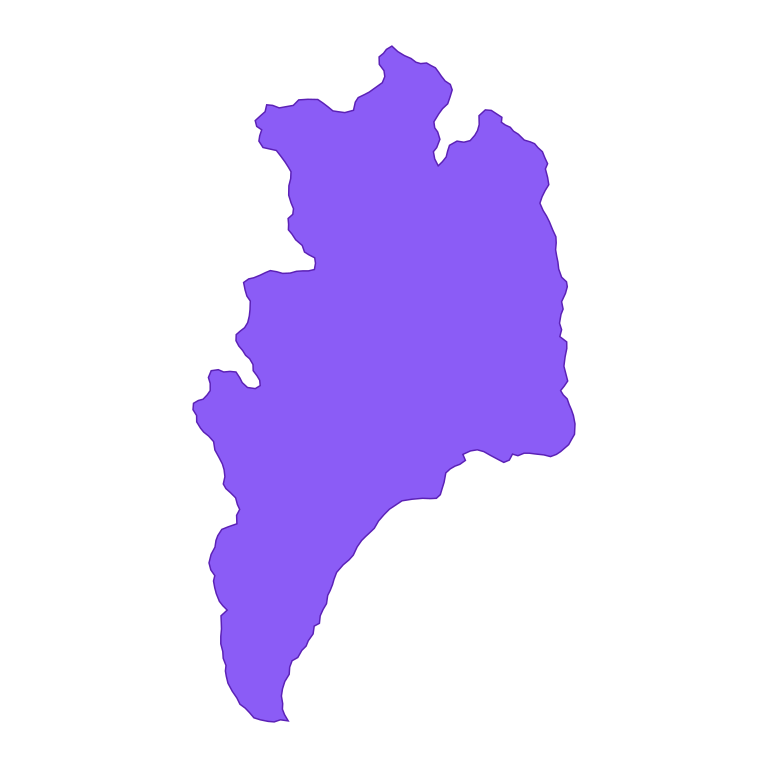 Caeté, Minas Gerais, Brazil (Albers equal-area conic projection)
{"feature_id": "56859067B10298229878474", "entity_name": "Caeté", "entity_type": "district", "adm_level": 2, "iso_a3": "BRA", "parent_name": "Brazil", "parent_adm1": "Minas Gerais", "projection": "albers", "projection_center": [-43.645, -19.886], "detail": "fine", "context": "isolated", "style": "filled", "palette": "violet", "viewbox_px": 768, "rotation_deg": 0, "n_neighbors": 0, "source": "geoboundaries", "source_scale": "gbopen_adm2", "svg_char_len": 4003}
<svg xmlns="http://www.w3.org/2000/svg" viewBox="0 0 768 768"><path d="M547.6,163.7L544.9,157.9L542.4,151.7L537.9,147.6L534.6,143.7L530.1,141.8L524.3,140.1L518.3,134.2L513.5,131.2L510.3,127.3L505.3,125.0L501.4,122.3L501.9,117.3L496.8,114.0L491.3,110.4L485.3,109.9L479.0,115.7L479.2,124.6L477.5,130.6L474.8,135.3L470.2,140.6L463.9,142.2L457.0,141.1L449.5,145.3L447.7,150.8L446.2,156.9L442.4,161.7L438.2,165.8L434.7,158.9L433.4,151.7L436.7,147.6L439.9,139.3L437.7,132.0L434.7,127.8L433.9,121.8L438.8,113.8L442.5,108.7L447.7,103.8L450.0,97.1L452.2,89.9L450.3,84.4L445.1,81.0L441.2,76.0L438.4,71.9L435.4,67.8L430.9,65.5L426.6,63.0L420.6,63.6L415.9,62.2L411.1,58.5L404.4,55.6L397.8,51.6L391.9,46.1L386.4,49.4L383.5,53.3L379.1,56.9L379.3,64.4L384.0,70.7L384.8,76.6L382.3,82.7L374.9,88.0L369.2,92.1L363.4,95.1L358.2,97.6L355.3,102.1L353.5,110.3L344.8,112.6L338.1,111.7L332.9,110.9L328.3,107.1L323.2,103.2L317.8,99.5L307.8,99.3L298.7,99.9L293.3,105.4L286.5,106.6L279.2,107.9L272.7,105.4L266.7,104.8L265.1,111.7L260.9,115.4L255.2,120.6L256.7,126.4L261.7,129.8L259.7,135.8L258.9,141.1L263.0,147.5L269.3,148.9L276.4,150.5L281.2,156.7L285.2,162.2L288.4,167.2L291.0,171.7L290.7,178.6L288.9,185.7L288.7,195.2L291.0,202.7L293.5,208.7L292.8,214.3L288.1,218.5L288.6,224.4L288.4,229.8L291.9,234.0L295.7,239.8L302.2,245.4L304.5,252.0L308.7,254.7L314.7,257.8L315.5,263.3L314.4,269.5L308.4,270.9L302.7,270.9L296.5,271.3L290.1,273.1L282.6,273.4L276.6,271.7L270.3,270.6L265.7,272.5L260.1,275.2L253.7,277.8L248.7,278.9L243.6,282.5L245.1,290.0L246.9,296.1L250.3,301.0L250.0,309.7L249.3,316.0L247.7,322.6L244.6,327.7L240.2,331.1L236.2,334.6L236.0,340.7L238.8,346.0L242.7,350.6L245.6,355.3L249.6,358.7L253.0,364.5L253.2,370.7L257.1,375.9L259.7,380.3L260.2,385.6L255.3,388.6L247.5,387.5L242.2,382.6L239.9,378.0L236.0,372.0L230.0,371.4L223.7,372.0L218.3,369.7L211.2,370.7L208.4,377.5L210.2,383.4L210.2,390.6L207.1,395.0L203.1,399.2L198.3,400.5L193.5,403.3L193.0,409.7L196.6,415.5L196.7,421.9L200.6,428.3L203.7,432.1L208.6,436.0L213.6,441.6L214.9,450.0L219.1,457.6L222.4,464.0L224.1,469.8L224.9,476.7L223.3,484.0L225.9,488.6L230.6,492.8L235.6,497.8L237.4,504.5L239.7,509.4L236.6,515.3L236.9,523.8L228.5,526.7L221.8,529.4L217.8,535.6L216.0,540.4L215.0,547.1L211.1,554.4L209.0,562.9L210.8,569.9L214.8,575.6L213.5,581.0L214.7,587.6L216.3,593.7L219.4,601.4L222.8,605.7L227.2,610.1L221.0,615.8L221.3,623.0L221.5,629.0L220.8,636.4L220.8,643.9L222.8,651.6L223.2,658.3L226.0,665.5L225.4,671.0L226.3,676.3L228.0,683.3L232.3,691.3L236.9,698.0L240.0,704.3L245.2,708.1L249.5,712.6L253.9,717.8L260.3,719.8L268.1,721.4L274.2,721.9L280.4,719.8L288.2,720.9L284.5,714.6L282.4,709.2L282.7,703.7L281.4,696.0L282.5,688.8L284.8,681.5L289.2,674.3L289.7,667.1L292.1,660.7L297.8,657.5L301.8,650.4L306.1,646.1L308.3,640.7L313.1,633.9L314.2,626.1L319.4,623.3L320.2,615.8L323.1,609.4L326.5,603.7L327.7,595.4L330.2,590.4L332.5,584.6L334.0,579.3L336.6,572.4L343.2,564.8L349.1,559.8L353.3,555.1L357.2,546.8L361.6,540.5L365.6,536.5L369.7,532.7L374.3,528.3L378.6,520.9L384.0,514.7L389.4,509.2L395.7,505.0L402.0,500.8L412.2,499.2L422.6,498.3L430.4,498.6L436.4,498.3L440.3,494.7L442.1,488.7L444.1,482.2L445.8,472.9L450.2,468.9L454.8,466.2L459.9,464.3L465.4,460.4L462.9,454.4L470.5,450.9L477.3,449.8L483.8,451.6L490.5,455.4L498.4,459.6L503.8,462.4L509.3,460.1L512.5,454.1L517.9,455.7L524.1,453.2L529.3,453.2L534.8,453.9L543.9,454.9L550.5,456.6L556.4,454.4L560.6,451.6L564.9,447.9L568.7,444.6L571.4,439.7L574.5,434.3L575.0,423.9L573.4,415.5L571.4,409.7L569.2,404.7L567.2,398.9L563.3,395.0L560.6,390.6L564.3,386.0L567.7,381.0L565.9,374.0L563.9,366.2L565.1,356.8L566.8,348.5L566.7,341.9L559.8,336.6L561.6,329.7L559.5,323.2L561.0,314.4L563.1,309.1L561.6,301.7L565.5,293.3L567.3,286.7L566.5,281.8L561.6,277.2L558.7,269.0L557.9,262.0L556.7,256.2L555.6,249.8L556.2,242.9L555.9,236.8L552.7,229.9L549.4,221.8L546.5,216.0L543.1,210.5L539.9,203.2L542.1,196.7L545.2,190.5L548.8,184.7L547.6,177.4L545.4,168.9L547.6,163.7Z" fill="#8b5cf6" stroke="#5b21b6" stroke-width="1.5"/></svg>